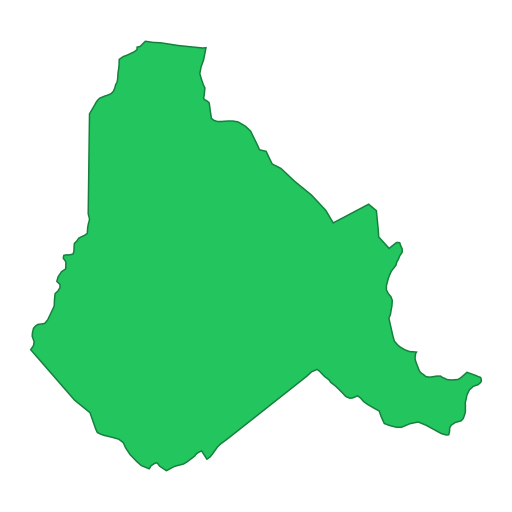 Batangafo, Ouham, Central African Republic
{"feature_id": "33826404B19230963390716", "entity_name": "Batangafo", "entity_type": "district", "adm_level": 2, "iso_a3": "CAF", "parent_name": "Central African Republic", "parent_adm1": "Ouham", "projection": "robinson", "projection_center": [18.084, 7.412], "detail": "fine", "context": "isolated", "style": "filled", "palette": "green", "viewbox_px": 512, "rotation_deg": 0, "n_neighbors": 0, "source": "geoboundaries", "source_scale": "gbopen_adm2", "svg_char_len": 3323}
<svg xmlns="http://www.w3.org/2000/svg" viewBox="0 0 512 512"><path d="M56.8,281.4L60.0,284.5L60.0,287.6L57.9,291.0L55.1,293.6L54.5,299.4L54.2,306.1L47.7,319.8L44.7,323.4L42.0,323.9L37.9,324.4L35.6,325.9L33.5,328.3L32.4,333.1L32.2,336.2L34.1,341.7L33.5,345.6L30.7,349.7L74.6,400.2L90.0,412.7L95.7,429.0L97.4,432.6L101.0,434.3L104.4,435.5L105.5,435.7L112.5,437.4L118.6,439.1L123.3,442.7L125.6,447.8L130.0,454.5L137.1,461.9L141.2,465.5L149.2,468.8L150.1,467.5L150.9,465.9L154.5,463.5L156.8,462.8L157.5,463.3L159.7,466.2L166.4,470.7L174.0,466.6L177.7,465.5L183.6,464.0L187.9,461.3L194.9,455.9L195.4,454.9L196.6,453.7L198.5,452.4L201.6,450.9L206.9,459.2L209.9,457.1L212.2,454.4L214.1,451.7L215.8,449.4L217.5,446.9L220.2,444.3L229.0,437.7L307.2,375.9L308.4,374.7L311.6,371.8L317.1,369.4L319.4,371.1L324.5,376.4L329.2,380.0L330.7,382.4L335.1,385.7L339.4,389.8L343.4,393.9L345.9,396.6L349.7,398.2L352.5,398.0L355.9,396.6L357.6,395.8L360.5,398.0L363.7,401.6L368.0,404.7L373.9,408.1L379.2,411.0L381.1,416.5L384.3,423.5L389.8,425.6L396.6,427.3L401.4,427.3L409.9,423.7L418.2,422.0L426.0,425.2L441.3,433.6L446.3,435.0L448.7,434.8L449.5,431.7L449.7,427.8L451.2,425.2L454.2,423.2L455.2,422.5L461.2,420.8L463.3,418.4L464.6,414.8L465.4,411.7L465.4,407.1L465.4,404.5L465.2,403.0L466.2,398.7L466.9,395.1L468.6,391.5L469.4,389.8L471.7,387.9L473.0,386.5L475.6,385.5L477.9,384.8L480.0,383.1L481.3,381.4L481.3,380.0L480.9,378.0L480.0,377.1L478.7,376.8L475.6,375.4L466.9,372.3L464.3,374.7L460.7,377.8L458.0,379.5L455.2,379.7L451.4,380.0L446.5,379.5L445.7,378.8L442.1,377.3L440.6,376.1L436.6,376.1L430.4,377.1L426.2,376.8L423.9,374.9L420.5,372.5L419.0,370.1L418.6,368.9L416.7,364.1L415.6,361.0L415.0,357.8L415.4,355.4L415.6,353.5L416.5,352.1L413.5,351.8L409.7,351.6L408.4,351.1L404.6,349.7L400.6,347.3L398.0,345.3L394.4,341.2L392.9,336.0L388.9,318.2L390.4,314.6L391.0,310.9L391.9,306.1L392.3,300.4L390.8,296.5L388.3,293.6L386.4,289.8L386.4,285.7L388.3,278.5L389.3,275.8L391.2,271.5L392.5,269.6L395.9,265.3L396.9,261.7L398.2,259.7L399.9,255.6L402.2,252.3L402.2,248.9L400.8,246.0L399.7,242.7L396.9,242.4L395.7,243.1L389.1,248.4L378.7,236.9L378.3,230.4L376.4,210.7L368.6,204.2L333.2,222.9L325.8,210.4L311.4,195.0L294.6,181.3L280.9,168.4L272.2,164.0L269.0,157.5L266.1,151.3L259.5,149.8L257.4,145.0L250.6,131.1L245.5,126.3L241.5,123.9L238.1,121.9L232.8,121.0L227.9,121.0L221.2,121.5L217.4,121.5L213.8,120.3L211.4,118.3L211.0,115.4L210.4,111.8L209.7,106.3L209.1,102.7L206.8,100.8L204.4,99.6L203.6,97.9L204.2,95.2L204.9,88.0L203.2,84.4L201.7,80.1L199.8,73.6L201.1,66.9L203.6,59.9L206.0,47.7L203.0,48.0L202.6,48.0L191.7,46.9L178.1,45.5L161.4,42.9L160.8,42.8L153.0,42.4L147.0,41.5L145.3,41.3L140.1,46.5L137.1,47.1L137.0,49.6L134.1,51.9L132.2,52.7L129.6,54.0L126.5,55.4L123.4,56.5L120.2,58.7L119.2,59.4L119.1,64.4L118.7,68.4L118.0,73.1L117.7,78.5L117.0,82.5L115.7,84.5L114.9,87.6L113.5,91.1L111.2,93.6L107.3,95.3L104.6,96.1L99.7,98.2L97.6,100.2L95.7,103.0L94.8,104.8L89.5,113.8L88.2,213.8L89.4,218.4L89.4,220.1L88.4,223.7L87.7,227.3L87.5,229.9L87.3,233.3L84.8,235.2L80.7,237.1L78.6,238.3L77.1,240.7L74.4,243.4L74.2,245.1L74.0,248.4L74.0,250.8L73.1,254.0L71.6,254.4L69.1,254.9L65.9,254.9L63.8,255.4L63.4,257.1L63.4,258.5L65.3,260.9L65.9,262.4L65.7,268.9L61.5,271.7L60.2,273.7L58.1,276.8L56.8,281.4Z" fill="#22c55e" stroke="#15803d" stroke-width="1.5"/></svg>